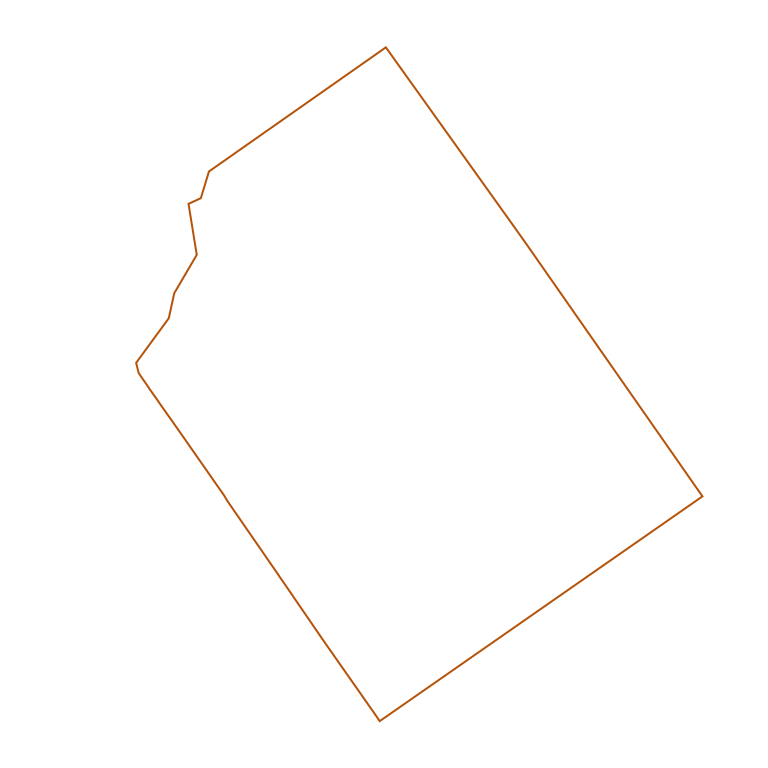 Harper, Oklahoma, United States of America, rotated 235°
{"feature_id": "52423323B3736595899391", "entity_name": "Harper", "entity_type": "district", "adm_level": 2, "iso_a3": "USA", "parent_name": "United States of America", "parent_adm1": "Oklahoma", "projection": "natural_earth1", "projection_center": [-99.604, 36.797], "detail": "fine", "context": "isolated", "style": "outline", "palette": "amber", "viewbox_px": 768, "rotation_deg": 235, "n_neighbors": 0, "source": "geoboundaries", "source_scale": "gbopen_adm2", "svg_char_len": 526}
<svg xmlns="http://www.w3.org/2000/svg" viewBox="0 0 768 768"><g transform="rotate(235 384 384)"><path d="M110.3,187.1L109.3,580.4L417.9,580.9L446.0,580.7L658.7,578.6L658.5,362.5L641.3,340.6L643.7,327.2L597.2,304.7L578.7,264.3L561.3,245.4L543.5,193.1L533.6,189.3L511.8,189.1L499.4,189.2L497.6,189.1L496.5,189.1L493.0,189.1L467.8,189.2L454.7,189.2L402.5,189.1L384.5,189.1L377.5,188.6L287.2,188.0L286.7,187.9L278.1,187.9L208.8,187.2L116.0,187.2L111.3,187.1L110.3,187.1Z" fill="none" stroke="#b45309" stroke-width="2"/></g></svg>